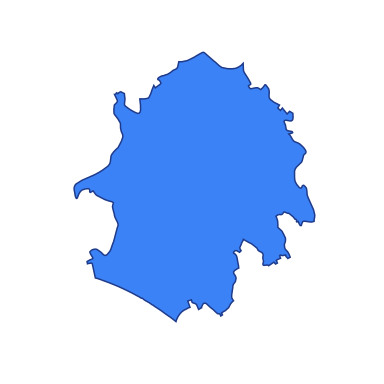 outline of Dien Ban, Quàng Nam, Vietnam, rotated 152°
{"feature_id": "81297802B70720207353538", "entity_name": "Dien Ban", "entity_type": "district", "adm_level": 2, "iso_a3": "VNM", "parent_name": "Vietnam", "parent_adm1": "Quàng Nam", "projection": "equal_earth", "projection_center": [108.219, 15.904], "detail": "fine", "context": "isolated", "style": "filled", "palette": "blue", "viewbox_px": 384, "rotation_deg": 152, "n_neighbors": 0, "source": "geoboundaries", "source_scale": "gbopen_adm2", "svg_char_len": 5958}
<svg xmlns="http://www.w3.org/2000/svg" viewBox="0 0 384 384"><g transform="rotate(152 192 192)"><path d="M86.4,281.6L89.3,280.7L92.1,280.5L94.7,280.6L96.3,281.0L99.2,282.2L102.7,284.2L107.2,287.9L107.9,289.2L108.9,291.3L110.2,295.1L111.3,297.6L115.5,308.7L115.9,309.5L116.6,310.1L117.4,310.3L119.8,310.3L123.8,310.2L126.9,310.0L134.4,310.2L139.8,311.8L142.5,313.2L145.8,309.3L146.7,308.6L147.7,308.2L148.9,308.1L151.5,308.3L155.0,307.6L158.6,307.4L160.7,307.9L162.3,308.0L163.8,308.6L165.0,308.7L166.8,308.7L167.8,308.6L168.6,308.3L169.3,307.8L169.3,307.5L169.2,307.0L168.6,306.3L168.3,305.4L168.2,303.2L168.4,302.6L169.4,302.1L175.5,301.2L175.7,304.0L179.9,300.5L182.1,298.3L185.5,295.8L187.0,295.5L188.7,296.0L190.6,296.7L194.4,298.7L196.6,293.1L198.8,288.7L199.9,287.4L200.6,286.8L201.4,286.5L202.1,286.5L203.0,286.9L203.9,287.8L205.5,289.9L207.8,293.5L209.4,296.7L210.6,299.4L210.6,300.5L210.4,301.3L207.5,305.6L205.5,310.7L207.1,312.9L207.7,313.8L207.9,314.0L208.7,314.1L210.2,314.0L211.0,313.6L211.3,313.6L211.9,315.0L212.2,315.0L212.8,314.5L213.8,314.3L214.3,314.3L214.6,314.5L214.9,308.2L215.3,307.1L215.8,306.7L216.6,306.2L219.7,305.3L222.1,301.8L223.6,298.8L224.0,297.8L223.9,296.2L223.1,291.4L222.9,286.6L223.3,285.5L225.1,282.0L226.0,278.8L226.3,275.3L226.8,273.8L227.6,272.7L230.5,270.0L236.4,265.9L239.3,265.2L242.3,264.2L245.6,262.6L246.7,261.6L250.0,256.9L251.7,255.3L254.4,254.2L260.7,253.3L264.7,253.0L270.3,253.0L283.6,254.0L289.0,253.6L291.2,253.4L292.6,252.5L294.0,251.2L294.9,249.6L296.0,246.0L297.0,243.1L297.2,240.9L296.8,240.4L296.2,240.5L292.4,243.7L290.1,244.9L288.0,245.4L284.5,244.7L282.4,243.8L281.7,243.4L281.3,242.4L281.4,241.6L282.0,240.8L282.2,240.1L282.1,239.5L281.7,239.3L279.0,239.5L278.7,239.1L278.5,237.1L278.1,234.7L277.5,233.4L272.5,226.2L269.7,223.2L267.2,220.9L266.5,219.7L266.6,219.1L267.4,218.4L269.1,216.4L270.0,213.3L270.9,209.3L271.5,207.6L271.8,206.2L272.0,203.0L272.0,200.2L272.4,198.4L272.9,197.2L274.8,195.5L284.6,184.9L286.2,183.6L291.0,179.1L292.7,178.1L296.3,176.6L297.3,176.5L298.7,176.9L299.4,177.8L299.9,179.2L300.5,181.2L301.7,183.7L302.8,185.8L303.7,186.7L305.5,187.5L307.2,187.8L308.4,187.7L310.1,187.2L310.5,186.7L310.7,184.5L310.5,181.6L310.5,180.6L310.7,179.9L311.1,179.7L314.2,180.0L317.3,179.9L318.0,177.7L317.3,177.6L314.3,176.5L313.9,176.2L313.8,175.9L313.8,175.4L314.0,174.5L317.7,161.5L315.5,159.4L307.6,150.6L301.9,143.8L298.6,139.5L292.4,131.0L289.1,126.0L288.2,124.8L286.6,122.0L285.6,121.3L285.3,120.6L285.0,119.6L283.8,117.4L283.3,116.9L282.9,116.0L282.0,114.8L280.0,110.9L279.3,110.1L279.1,109.3L278.4,108.0L277.9,107.2L275.0,101.8L272.9,97.4L269.6,91.0L267.7,86.7L267.0,85.1L265.7,86.4L263.1,88.4L260.9,89.6L259.0,90.4L256.9,91.1L254.2,91.4L252.3,91.3L249.7,91.4L247.9,91.1L246.9,97.7L243.2,97.1L243.2,96.8L243.5,95.9L243.7,94.9L243.6,94.3L243.2,93.6L241.8,92.3L241.4,91.6L240.9,90.7L240.9,89.3L241.3,85.2L237.8,85.3L237.8,86.0L236.8,86.5L235.7,87.4L234.4,88.1L233.9,88.2L233.2,87.9L232.3,87.5L231.6,86.3L230.2,82.1L228.3,77.7L227.6,75.4L226.5,72.5L224.6,71.3L224.8,69.0L222.8,69.2L222.6,71.4L220.3,71.6L218.0,71.6L216.6,72.1L214.1,72.6L210.6,75.0L208.3,76.0L206.4,76.5L206.6,78.8L206.5,80.0L206.1,81.0L205.2,82.6L200.5,89.0L200.1,89.8L198.9,91.0L195.8,92.5L193.6,95.1L193.2,96.5L193.1,98.2L193.4,100.3L192.9,101.8L191.4,102.6L188.0,103.0L186.4,102.9L185.4,105.5L184.3,109.2L183.5,111.5L182.9,113.5L182.7,115.0L182.8,115.9L183.1,117.1L183.9,118.3L183.8,119.0L183.4,119.4L181.8,119.8L181.0,119.8L180.1,119.3L179.2,117.8L178.3,116.4L176.2,117.1L176.3,119.3L175.9,120.5L173.9,122.0L171.5,124.1L169.5,125.3L168.9,126.1L165.6,120.9L163.8,118.4L162.6,115.8L160.9,111.7L161.1,109.8L160.5,108.3L159.5,106.9L158.8,106.0L158.6,105.2L158.5,104.0L158.7,102.9L160.1,101.2L160.7,99.8L161.2,97.9L161.6,96.8L162.7,95.8L163.3,95.0L163.4,94.0L163.0,93.5L161.5,92.9L159.3,91.9L158.9,90.9L152.6,91.6L152.2,89.6L152.0,89.1L150.4,89.2L149.9,89.2L149.8,90.5L149.8,92.0L148.0,92.2L144.9,91.9L144.5,94.6L144.0,94.8L143.4,94.7L141.8,93.2L139.1,92.6L138.8,92.2L139.2,91.5L139.3,90.9L138.8,89.4L138.6,88.3L135.9,88.3L135.5,92.0L135.6,94.4L136.4,97.2L136.5,98.3L136.0,100.3L134.9,102.6L133.4,103.8L132.2,105.3L131.1,107.5L130.9,112.4L131.0,113.8L130.9,114.9L131.3,116.3L132.8,120.4L131.7,122.5L130.0,126.2L129.5,128.6L129.2,131.2L126.9,131.5L125.4,131.1L124.2,130.3L123.3,130.0L122.5,130.1L120.4,131.1L119.5,130.7L117.7,128.5L116.6,127.8L116.0,126.6L114.3,122.5L113.8,119.6L113.4,119.5L113.0,118.8L112.9,118.3L113.0,117.9L113.6,117.0L113.6,116.6L113.5,116.3L113.3,116.2L112.4,116.4L112.0,116.1L112.3,113.9L112.2,111.6L111.2,111.1L109.9,112.5L108.2,113.8L107.3,113.8L105.9,113.1L103.2,111.1L100.5,109.3L99.1,109.0L97.9,108.8L97.2,110.1L95.7,112.0L94.5,113.8L93.9,115.8L93.0,119.5L92.8,122.4L92.3,130.0L91.9,134.3L91.3,136.3L90.2,138.7L89.5,140.7L89.2,141.8L89.6,143.9L90.1,145.3L90.6,145.7L91.2,145.7L92.0,145.5L92.9,144.5L93.5,144.3L94.1,144.3L94.7,144.8L95.2,145.7L96.0,149.6L96.0,152.8L95.6,154.3L94.6,156.7L91.6,162.4L90.0,163.9L88.0,165.0L81.3,166.9L79.9,168.0L76.4,171.8L75.7,172.4L75.1,172.6L73.9,172.7L73.2,173.1L72.4,174.1L72.2,175.8L72.6,178.9L73.6,182.0L74.3,183.8L75.2,185.3L77.6,188.1L78.2,189.0L78.7,191.7L78.6,193.3L78.8,195.8L79.3,197.8L76.4,197.1L75.3,197.1L75.2,197.2L75.2,198.1L75.4,198.6L76.3,199.2L78.8,201.3L79.3,202.3L79.5,202.9L79.2,203.8L78.0,207.4L77.8,210.5L77.6,211.0L77.2,211.4L76.6,211.5L76.0,211.5L75.5,211.4L72.2,208.8L71.0,208.2L70.4,208.2L69.4,208.4L68.6,209.2L67.5,210.9L66.0,214.1L67.9,217.4L71.4,216.3L72.8,223.7L75.6,222.5L76.3,224.3L76.8,225.9L73.9,227.7L77.5,232.8L79.3,236.8L79.5,237.5L79.5,238.1L79.5,239.1L79.4,239.6L78.7,241.0L76.8,244.1L76.2,245.8L75.9,246.9L76.0,248.2L76.5,251.4L76.7,252.1L77.2,252.4L80.5,250.9L83.3,250.2L84.4,252.3L85.3,253.4L87.4,254.3L91.5,255.5L92.2,256.2L92.5,258.8L92.3,259.3L89.7,259.5L89.4,259.8L89.1,260.9L89.2,265.7L89.7,272.2L89.7,274.0L89.6,274.8L88.7,276.9L86.4,281.6Z" fill="#3b82f6" stroke="#1e3a8a" stroke-width="1.5"/></g></svg>